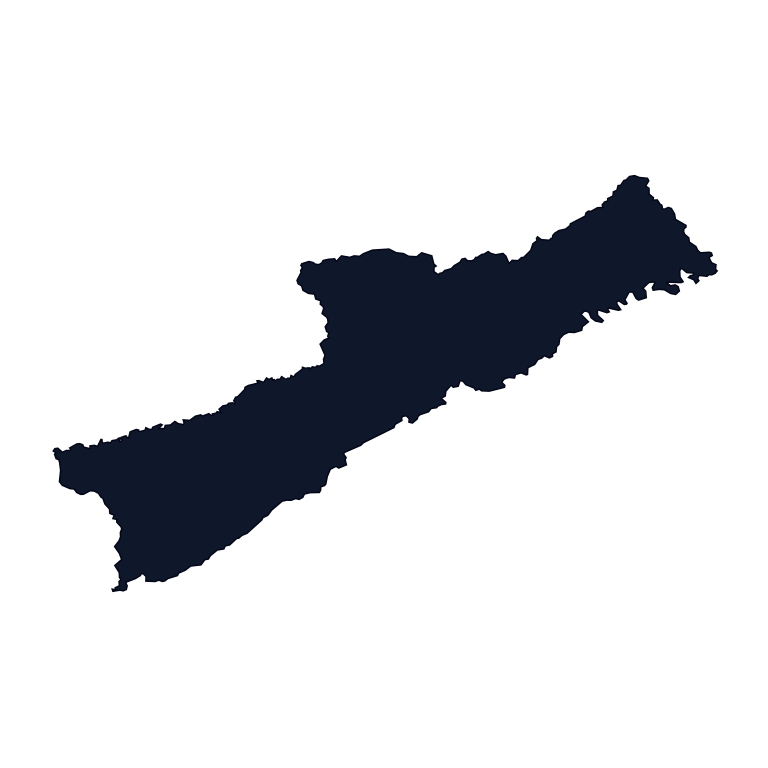 Tha Song Yang, Tak, Thailand, rotated 273°
{"feature_id": "78962969B58793256407954", "entity_name": "Tha Song Yang", "entity_type": "district", "adm_level": 2, "iso_a3": "THA", "parent_name": "Thailand", "parent_adm1": "Tak", "projection": "equal_earth", "projection_center": [98.144, 17.467], "detail": "fine", "context": "isolated", "style": "filled", "palette": "ink", "viewbox_px": 768, "rotation_deg": 273, "n_neighbors": 0, "source": "geoboundaries", "source_scale": "gbopen_adm2", "svg_char_len": 6142}
<svg xmlns="http://www.w3.org/2000/svg" viewBox="0 0 768 768"><g transform="rotate(273 384 384)"><path d="M562.2,576.1L553.8,561.8L551.8,561.3L548.2,557.2L546.4,550.7L543.6,546.7L541.0,544.7L538.4,544.6L538.1,543.1L536.2,541.7L536.4,533.6L539.0,529.6L537.4,528.6L535.2,529.4L531.9,525.4L525.2,523.6L517.7,516.8L517.5,514.7L514.2,511.5L514.2,505.5L511.5,503.2L511.6,502.2L518.1,499.0L520.6,496.0L518.9,488.7L520.0,483.9L521.7,481.1L518.9,477.0L518.6,475.1L516.1,471.5L515.3,471.7L515.2,468.9L513.0,467.8L511.6,465.2L511.4,461.0L513.7,458.4L512.7,455.1L509.7,453.6L505.8,447.8L502.7,445.2L500.5,438.6L498.1,436.6L497.5,434.0L496.0,432.6L498.8,428.1L503.1,427.8L504.6,429.9L506.4,427.5L514.5,425.0L517.0,414.8L512.8,410.0L512.8,402.0L515.3,396.5L515.7,389.5L519.0,381.9L517.1,365.5L513.0,356.5L510.2,352.9L510.4,347.5L508.7,343.3L509.7,334.8L504.5,330.5L504.5,329.4L506.4,328.2L505.7,322.3L504.2,316.8L501.8,315.6L499.9,313.0L499.9,309.6L501.6,306.7L502.4,302.6L499.8,295.6L498.0,294.8L496.0,296.4L492.8,294.8L491.1,295.4L482.9,291.7L479.6,293.0L477.7,296.6L473.3,298.2L470.5,303.9L470.1,309.9L465.3,311.4L463.8,316.4L460.3,316.2L458.3,319.0L456.2,319.8L451.1,318.5L447.7,323.4L445.7,324.4L442.3,325.0L438.1,322.3L433.4,324.0L432.4,326.2L428.7,325.3L427.2,326.7L424.8,321.9L420.5,318.1L409.6,323.6L405.4,322.3L401.4,323.0L398.4,318.6L398.7,316.3L398.0,316.5L397.1,314.1L397.4,311.5L395.8,310.3L396.1,309.0L394.9,309.0L396.2,307.4L395.6,304.9L396.4,301.7L394.6,301.7L389.0,295.0L387.1,294.2L386.6,293.0L387.6,290.7L384.9,290.2L384.7,287.5L383.4,285.8L386.0,281.4L383.1,279.7L383.2,277.3L381.5,275.5L382.7,274.1L382.1,272.6L384.2,271.7L382.5,268.8L383.9,266.4L379.3,263.7L380.8,258.8L380.5,257.0L378.3,258.1L375.4,248.6L373.4,245.4L371.1,245.1L363.5,238.4L363.1,236.6L359.4,234.8L357.7,236.3L356.2,235.9L357.3,234.0L356.6,229.9L354.7,228.3L353.7,224.2L350.2,220.6L347.0,222.9L347.6,218.7L346.3,218.3L345.1,214.1L343.6,214.6L343.4,213.3L345.2,210.6L342.5,204.5L343.6,202.6L342.0,197.4L337.5,191.9L337.7,185.4L334.1,186.5L333.0,185.7L333.6,180.7L335.7,177.1L331.9,172.9L331.2,167.7L328.1,167.1L327.6,161.3L331.6,164.6L332.3,163.0L328.7,155.3L326.6,154.6L326.4,152.1L327.9,148.5L325.3,147.8L323.7,142.7L323.8,141.7L325.2,141.4L325.6,139.0L322.9,133.0L317.0,131.8L316.8,130.4L318.5,129.5L318.6,128.3L316.8,124.1L316.0,123.8L314.2,125.9L312.7,124.1L312.7,122.9L315.2,123.3L316.3,122.3L314.2,119.8L313.2,115.3L311.0,114.1L311.4,111.1L310.2,107.0L311.1,105.7L313.8,105.2L313.8,104.2L306.7,101.2L307.6,98.0L306.8,93.6L304.0,93.9L305.3,87.3L307.5,86.4L308.5,83.2L308.0,80.3L303.7,73.5L302.2,74.6L301.2,73.8L301.0,70.3L299.0,66.4L302.8,61.6L302.2,58.7L299.8,57.2L298.2,60.0L296.6,58.7L292.3,60.5L291.3,63.3L288.5,64.2L280.6,65.6L269.5,65.0L266.0,68.0L263.1,75.9L262.9,80.0L259.5,82.9L257.9,86.8L258.1,89.5L262.0,96.1L261.9,100.3L259.9,104.6L256.3,107.2L255.1,109.3L249.7,111.5L244.8,116.4L240.4,117.0L238.9,121.5L235.4,120.3L234.8,124.2L232.0,124.4L227.7,128.8L225.5,129.7L222.1,128.5L217.5,128.9L213.5,127.6L207.6,123.5L201.0,128.6L195.0,131.2L188.7,124.7L181.8,129.5L176.9,130.0L174.9,131.7L172.9,129.7L168.7,130.3L166.4,126.2L164.5,126.9L164.9,123.3L162.8,124.1L164.3,131.1L163.8,134.3L165.2,137.4L168.9,138.1L172.4,136.4L176.7,145.9L179.8,150.5L182.1,151.8L181.8,153.6L179.3,156.5L174.7,156.5L174.8,165.8L176.3,169.4L175.2,173.0L175.9,175.5L178.4,178.3L181.9,187.8L184.3,188.7L187.8,195.5L192.1,200.4L193.8,210.7L199.2,214.3L200.0,217.8L203.4,219.5L209.5,226.2L210.9,232.7L214.0,233.9L215.2,238.3L222.1,245.0L222.4,247.0L225.4,250.1L227.8,255.1L241.9,269.1L244.1,270.0L246.9,274.9L252.3,278.5L261.7,288.5L263.0,293.2L263.0,297.2L265.0,301.9L264.3,305.2L266.6,308.9L269.9,310.2L271.6,315.8L272.3,325.1L274.7,326.3L277.9,326.1L279.5,330.0L281.0,331.1L288.7,332.2L296.0,334.8L299.3,340.4L297.7,343.2L301.3,350.7L306.1,349.2L308.5,350.0L312.1,347.2L313.8,348.4L321.6,364.0L324.4,366.7L341.0,396.2L344.3,397.2L348.5,403.8L351.2,403.3L352.6,404.4L353.4,407.4L352.4,409.2L350.4,411.0L347.2,410.9L346.5,414.4L350.8,419.0L353.5,419.7L355.3,421.7L358.6,430.0L362.0,432.3L363.1,437.8L364.7,438.9L366.5,442.4L367.3,446.6L368.9,446.7L372.7,441.8L375.2,445.8L380.0,446.1L385.8,450.6L385.9,451.9L384.4,453.2L385.6,458.2L391.2,459.7L391.1,462.5L387.6,465.8L384.8,474.1L382.5,476.0L383.9,479.6L382.3,481.8L382.4,489.6L387.0,504.5L389.0,504.7L391.8,501.5L394.9,503.4L396.3,506.0L397.1,508.7L396.8,514.0L400.3,514.8L402.3,520.3L400.5,525.6L401.1,526.8L407.8,526.8L411.4,533.4L416.7,536.6L417.9,539.9L420.6,542.6L418.7,547.8L420.4,550.9L423.0,550.6L425.0,554.1L430.3,554.4L432.8,556.6L438.4,557.1L442.8,560.8L445.4,565.7L445.4,571.5L448.0,578.6L451.7,579.1L456.8,584.9L463.8,577.1L467.1,580.1L467.4,582.3L466.1,585.0L461.0,587.4L458.0,591.8L457.0,598.3L458.8,599.7L463.8,593.7L468.5,593.2L469.1,594.4L466.9,602.9L467.8,605.2L470.6,603.4L471.6,604.3L469.9,614.2L470.6,616.5L475.9,612.5L478.3,612.1L479.4,614.0L476.0,619.8L476.4,621.9L477.3,622.5L480.7,620.1L488.7,624.0L488.8,627.6L482.6,631.3L481.1,633.8L483.9,641.4L490.4,640.5L493.2,637.6L499.2,643.2L500.0,647.7L499.3,649.3L494.2,646.9L491.7,647.9L492.9,653.7L492.8,659.0L489.4,665.6L488.7,670.6L492.3,674.1L496.7,672.6L498.2,669.6L497.1,665.0L499.8,661.2L500.6,662.7L500.8,675.5L501.8,677.4L506.3,674.0L512.6,673.4L514.7,674.4L514.7,675.8L511.1,680.5L511.0,687.4L509.2,687.5L508.0,684.0L506.3,682.5L504.3,687.9L500.8,690.3L503.6,693.1L505.7,691.7L508.9,692.8L508.5,701.0L510.2,702.7L510.2,705.6L511.9,708.9L514.4,710.8L515.9,709.1L520.5,709.3L522.2,704.8L527.3,701.9L529.5,705.1L532.0,704.1L532.6,702.0L531.6,693.2L533.9,690.3L537.5,688.4L541.7,681.5L546.0,680.7L549.1,676.5L551.8,675.2L554.8,675.4L556.3,677.3L558.2,677.3L563.7,666.4L568.9,665.3L574.3,661.8L575.2,658.6L573.4,655.3L573.4,653.0L577.1,652.1L578.0,650.3L582.1,647.3L581.7,643.1L584.2,643.3L587.5,638.8L593.3,638.4L595.4,634.9L600.7,637.8L603.2,636.4L603.6,628.2L605.2,623.3L604.1,618.3L600.5,615.2L599.8,612.9L594.8,609.9L594.4,607.4L589.6,606.4L587.9,603.0L583.7,602.8L580.9,597.7L578.5,597.8L577.3,594.7L574.3,592.5L571.8,593.5L571.2,587.9L567.3,581.8L567.3,579.0L565.4,576.8L562.2,576.1Z" fill="#0f172a" stroke="#020617" stroke-width="1.5"/></g></svg>